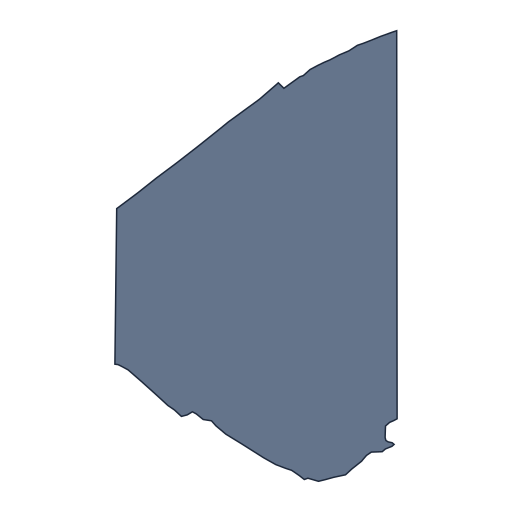 outline of Tesker, Zinder, Niger
{"feature_id": "23599985B16015640173227", "entity_name": "Tesker", "entity_type": "district", "adm_level": 2, "iso_a3": "NER", "parent_name": "Niger", "parent_adm1": "Zinder", "projection": "robinson", "projection_center": [11.083, 15.833], "detail": "fine", "context": "isolated", "style": "filled", "palette": "slate", "viewbox_px": 512, "rotation_deg": 0, "n_neighbors": 0, "source": "geoboundaries", "source_scale": "gbopen_adm2", "svg_char_len": 988}
<svg xmlns="http://www.w3.org/2000/svg" viewBox="0 0 512 512"><path d="M278.3,82.8L276.9,84.1L259.5,99.2L228.4,121.9L218.7,129.8L197.9,146.4L176.4,163.1L156.7,177.8L137.3,193.2L116.7,208.6L114.9,364.2L118.0,364.6L120.7,365.9L128.0,369.8L140.9,381.0L156.6,395.1L167.9,405.5L174.5,410.0L181.4,416.4L187.2,414.9L192.4,411.8L196.3,413.9L203.2,419.5L211.5,420.8L215.9,425.8L225.9,434.2L241.9,444.0L263.7,457.8L275.8,464.6L285.8,468.4L291.6,470.3L299.2,475.5L304.3,479.5L307.9,478.2L318.5,481.3L325.0,479.7L333.7,477.3L345.5,474.8L351.8,469.0L361.6,461.2L362.1,460.6L362.8,459.7L366.5,455.4L371.3,452.1L382.2,451.7L385.5,448.9L392.0,446.3L394.1,444.4L392.1,442.7L388.2,441.9L385.9,440.5L385.1,437.5L385.5,426.0L389.6,422.4L393.5,420.7L397.1,418.8L396.7,30.7L391.9,32.3L380.6,36.4L369.0,41.1L363.1,43.4L357.4,45.3L348.8,50.9L339.5,54.8L329.9,59.9L324.2,62.3L317.8,65.4L310.1,69.5L303.3,75.6L299.8,76.8L288.3,85.1L283.9,88.3L278.3,82.8Z" fill="#64748b" stroke="#1e293b" stroke-width="1.5"/></svg>